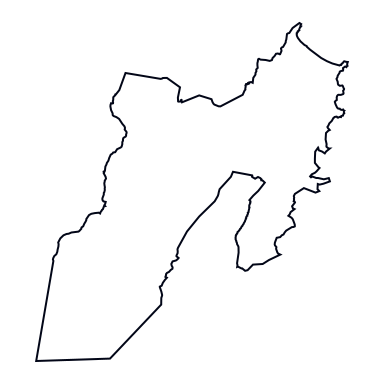 outline of Fljótsdalshérað, Austurland, Iceland
{"feature_id": "244011B83679589752148", "entity_name": "Fljótsdalshérað", "entity_type": "district", "adm_level": 2, "iso_a3": "ISL", "parent_name": "Iceland", "parent_adm1": "Austurland", "projection": "albers", "projection_center": [-14.894, 65.096], "detail": "fine", "context": "isolated", "style": "outline", "palette": "ink", "viewbox_px": 384, "rotation_deg": 0, "n_neighbors": 0, "source": "geoboundaries", "source_scale": "gbopen_adm2", "svg_char_len": 5937}
<svg xmlns="http://www.w3.org/2000/svg" viewBox="0 0 384 384"><path d="M115.2,94.8L114.8,95.6L113.3,97.2L113.2,100.0L112.8,101.1L113.1,102.4L113.0,103.3L112.4,103.5L111.1,103.2L110.5,104.9L110.4,106.5L111.1,110.2L112.6,113.3L112.7,115.0L112.9,115.4L113.8,116.1L116.4,117.1L119.1,118.9L122.3,123.8L124.5,126.4L125.0,127.9L124.7,129.6L126.3,131.6L126.6,132.2L126.5,133.3L126.1,134.4L126.1,135.7L125.7,136.5L123.6,137.8L123.2,138.3L122.9,140.0L123.0,140.7L122.3,142.1L122.3,144.2L121.6,146.7L120.7,147.5L117.1,149.2L115.2,152.2L113.2,152.5L112.4,153.6L110.7,154.7L109.2,158.0L108.4,160.7L106.9,162.9L106.4,164.6L105.4,166.5L104.9,170.9L103.6,171.6L103.7,172.2L104.1,172.6L103.7,173.2L105.6,176.8L106.0,178.6L104.7,180.8L104.7,181.7L104.3,183.1L104.5,185.1L104.9,187.3L104.7,188.2L104.8,190.1L104.3,192.2L103.8,192.9L103.8,194.6L102.4,198.3L102.4,199.5L102.7,200.5L103.5,201.4L105.7,201.9L105.2,203.8L104.4,205.1L105.2,206.1L103.9,206.4L102.9,209.2L102.0,209.9L101.7,210.7L100.8,211.6L100.1,213.5L98.7,212.7L94.8,213.1L91.3,213.8L89.0,215.1L86.3,219.1L86.3,220.1L85.6,221.6L84.3,223.7L83.2,226.3L81.6,227.4L81.4,227.9L81.3,228.8L79.3,231.0L78.5,231.6L71.4,232.5L68.7,233.7L66.5,234.0L63.5,235.3L60.3,238.4L58.2,242.5L58.6,244.1L58.4,246.5L57.6,249.7L57.3,251.8L56.3,254.3L54.3,256.0L53.3,258.0L52.9,259.4L53.4,260.9L36.2,361.0L110.0,358.6L161.2,304.6L161.3,297.9L162.1,295.6L162.1,294.8L161.4,291.8L159.8,287.1L159.8,286.6L161.7,285.7L162.8,282.9L164.9,279.9L166.9,277.7L165.4,276.9L166.1,274.9L166.0,274.2L166.2,273.9L167.0,272.9L169.0,271.9L170.8,269.9L172.4,268.8L172.6,267.8L172.5,267.1L171.7,265.7L171.3,264.0L172.6,261.4L175.9,260.5L177.5,259.3L178.6,258.0L176.5,256.3L176.5,255.5L177.6,253.2L177.7,251.4L177.5,249.2L178.0,247.8L187.0,231.5L199.2,216.5L214.7,201.3L217.7,196.2L218.3,194.6L218.8,192.1L219.6,189.2L230.9,176.8L233.0,171.8L252.2,175.4L252.3,175.8L252.0,176.6L252.1,176.9L255.1,178.7L258.0,177.0L260.3,178.1L261.4,179.2L261.1,179.8L261.3,180.3L262.0,180.2L262.9,180.8L264.8,182.6L258.2,191.0L253.3,195.6L249.4,200.1L250.4,201.1L250.5,201.6L250.1,202.3L250.4,202.8L249.3,205.2L249.2,206.4L249.5,207.4L249.2,207.7L249.3,208.2L248.6,211.1L248.6,212.0L247.8,212.7L248.0,213.4L247.7,214.4L247.4,214.6L247.2,215.4L247.3,215.8L246.8,216.1L246.2,217.1L246.3,217.7L245.9,218.2L246.1,218.5L245.0,220.9L245.0,221.3L243.7,223.4L243.6,224.0L242.7,225.1L242.3,226.1L241.7,226.4L240.8,228.4L240.1,228.8L239.4,230.3L238.9,230.6L238.5,231.4L237.6,231.9L237.3,233.4L236.8,233.7L236.6,234.5L236.1,234.8L235.9,235.8L235.7,236.0L235.8,236.6L235.5,237.9L235.7,238.2L235.6,239.4L236.1,240.5L236.1,240.8L236.4,241.2L236.4,241.9L236.9,242.8L237.1,244.2L238.3,246.3L238.5,247.1L238.6,252.7L237.1,263.0L237.1,263.6L237.5,265.2L237.2,266.9L237.9,266.6L241.6,268.5L242.2,268.4L245.1,270.8L247.6,270.2L253.0,264.6L262.7,264.0L269.0,260.0L280.3,254.6L278.2,253.6L277.4,252.5L276.1,248.9L276.4,247.1L275.0,245.4L274.7,244.5L274.9,242.6L276.7,237.8L280.2,237.1L281.8,235.3L283.5,234.5L284.7,232.4L286.2,230.6L291.9,227.1L293.5,227.0L294.8,226.4L294.8,224.9L294.5,223.8L292.8,219.3L291.5,217.7L288.4,215.8L289.6,214.5L290.6,212.1L294.5,209.1L292.9,208.4L292.1,206.2L295.0,202.5L294.7,201.7L293.7,201.3L294.1,199.9L293.9,198.8L294.2,197.7L293.8,196.1L294.9,193.9L303.9,188.1L315.5,192.6L319.3,191.1L317.5,189.2L317.8,184.0L319.6,184.6L323.5,183.7L329.9,181.4L328.8,178.1L323.9,179.3L318.0,178.0L316.2,178.0L312.0,176.4L311.6,177.0L311.0,177.3L310.1,176.4L311.8,174.3L314.9,172.8L316.5,171.4L319.5,168.0L318.5,167.3L314.9,162.9L314.9,158.5L315.2,151.7L315.3,151.5L318.1,147.6L318.3,148.0L318.6,149.7L319.0,150.4L322.0,151.5L324.8,153.4L326.1,151.5L329.8,148.5L328.6,148.5L326.6,146.9L326.4,146.3L326.6,144.1L325.6,139.5L326.0,133.0L328.3,130.7L329.7,130.0L327.9,128.0L327.4,127.0L328.4,125.5L329.3,123.4L331.8,120.9L333.4,118.0L334.0,117.7L334.5,117.0L336.5,116.6L337.0,116.8L337.4,117.5L338.0,117.7L339.6,116.9L341.0,117.1L341.3,116.0L343.0,115.6L343.3,114.3L344.3,113.2L343.8,112.0L344.0,111.0L344.3,110.7L343.6,110.3L343.1,109.5L342.2,109.9L341.2,109.8L340.3,109.4L339.8,108.7L338.2,108.6L337.1,107.6L335.6,104.4L334.8,101.9L335.5,100.9L336.8,100.0L336.7,97.3L337.2,95.8L337.8,95.1L338.4,94.8L340.8,94.9L343.1,94.1L343.5,93.6L343.5,92.8L343.1,90.8L344.0,89.5L344.1,88.9L343.5,87.9L342.9,86.2L342.4,85.5L339.8,85.8L338.2,84.7L337.9,83.8L337.7,81.7L336.5,78.9L337.4,77.3L337.7,75.7L339.5,72.9L339.8,71.6L341.3,70.9L342.9,70.7L343.2,69.9L343.0,68.1L345.2,66.5L346.4,67.1L346.8,66.2L347.5,65.9L347.1,64.1L347.8,62.0L345.9,61.8L344.5,61.3L343.8,61.5L343.0,62.8L341.6,63.8L341.6,64.3L341.1,65.0L340.3,64.9L339.6,65.5L332.4,63.5L327.0,61.2L321.2,58.0L310.0,49.6L306.9,46.8L306.7,46.1L304.5,45.0L300.5,41.4L297.8,37.8L296.9,35.8L296.7,34.6L296.9,34.0L296.7,33.8L296.7,33.1L297.3,32.6L297.3,32.2L297.5,32.0L297.8,31.9L297.8,31.4L298.4,31.2L298.4,30.7L299.3,30.2L299.1,29.8L299.2,29.5L299.2,29.3L299.9,27.8L300.3,27.6L300.6,27.9L300.4,27.3L300.2,27.1L300.9,26.4L300.5,26.3L300.5,25.3L301.2,24.1L299.4,23.0L292.6,28.0L289.3,33.0L287.8,33.4L287.0,34.0L286.3,39.5L285.8,40.9L285.7,42.4L283.1,46.9L281.9,47.4L281.0,48.4L281.0,48.7L281.4,50.1L281.5,50.9L280.1,54.2L279.8,54.3L277.9,53.5L276.0,53.8L274.6,56.0L272.6,58.0L271.9,60.1L269.7,60.9L265.7,60.0L260.5,59.6L259.0,58.8L258.4,59.0L258.0,59.8L257.8,61.6L257.4,63.1L257.4,65.2L257.7,67.9L256.3,69.4L256.2,69.7L256.4,71.3L255.5,72.9L255.5,74.3L255.3,74.9L253.3,77.8L252.7,82.8L251.0,82.0L250.1,82.4L249.2,82.3L248.8,82.9L249.0,83.6L248.7,83.8L247.8,83.3L247.5,84.2L246.8,84.5L246.4,84.0L246.1,84.0L245.4,85.6L245.7,86.7L245.3,88.3L245.4,89.6L244.6,90.5L242.7,94.8L220.4,106.4L218.6,106.3L214.4,104.6L213.6,103.9L212.6,102.3L211.5,99.2L199.2,95.4L182.0,102.3L181.5,100.4L181.6,100.0L181.5,99.9L181.0,100.1L181.2,100.7L180.8,101.5L178.3,101.6L178.1,101.4L177.9,97.6L180.0,87.3L166.9,77.9L162.9,78.0L162.2,78.5L160.7,78.9L125.5,73.0L119.3,90.1L115.4,95.0L115.2,94.8Z" fill="none" stroke="#020617" stroke-width="2"/></svg>